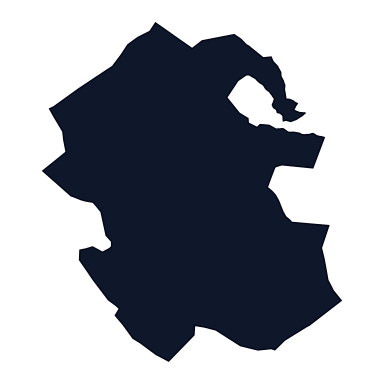 Ijero, Ekiti, Nigeria (Mercator projection)
{"feature_id": "59680162B51712615582520", "entity_name": "Ijero", "entity_type": "district", "adm_level": 2, "iso_a3": "NGA", "parent_name": "Nigeria", "parent_adm1": "Ekiti", "projection": "mercator", "projection_center": [5.082, 7.845], "detail": "fine", "context": "isolated", "style": "filled", "palette": "ink", "viewbox_px": 384, "rotation_deg": 0, "n_neighbors": 0, "source": "geoboundaries", "source_scale": "gbopen_adm2", "svg_char_len": 2788}
<svg xmlns="http://www.w3.org/2000/svg" viewBox="0 0 384 384"><path d="M49.7,108.8L53.4,115.5L62.9,131.5L63.9,140.2L66.2,152.1L42.9,170.9L71.1,195.8L74.1,196.8L81.0,199.6L85.2,200.8L93.1,202.2L96.2,205.7L101.1,211.8L106.2,235.4L111.6,241.4L111.7,244.5L111.5,246.9L109.4,248.7L102.5,252.4L92.6,247.0L85.9,249.0L80.0,250.2L79.6,259.9L86.7,270.1L93.2,279.7L108.5,299.9L116.0,305.4L119.5,308.6L115.4,315.4L123.6,325.2L133.0,338.2L140.3,342.7L156.1,354.4L168.6,361.0L193.9,335.0L194.5,325.3L204.3,326.9L215.9,329.9L240.5,345.6L257.9,349.9L271.3,348.5L274.8,349.7L284.6,340.1L306.4,326.6L309.3,325.1L341.1,300.5L333.1,290.6L331.4,287.0L327.8,280.2L326.1,270.5L324.0,259.0L321.3,247.9L328.7,225.7L291.5,222.4L289.8,220.2L285.7,216.8L282.9,211.8L278.5,200.8L275.4,195.2L272.0,191.4L267.2,187.4L269.7,180.5L269.8,180.2L274.9,166.9L281.7,164.7L312.8,167.8L313.0,167.3L324.2,137.6L323.4,137.3L322.4,137.1L321.7,136.8L321.3,136.7L321.0,136.7L320.5,136.7L320.0,136.7L319.3,136.5L317.7,136.1L317.1,135.9L316.4,135.8L316.2,135.6L315.5,135.0L314.9,134.6L314.4,134.4L313.4,133.7L312.3,133.6L311.6,133.8L310.6,134.2L309.5,134.5L309.0,134.6L308.1,134.6L305.9,134.7L304.7,134.9L303.0,134.8L301.8,134.6L301.1,134.3L299.6,133.4L298.4,133.1L297.0,132.9L295.4,132.6L294.0,132.4L293.2,132.3L291.2,132.4L289.3,132.4L287.9,132.2L287.5,131.9L283.6,129.0L282.2,128.7L280.0,129.0L278.5,129.0L276.9,129.2L275.7,129.1L269.2,125.4L263.5,124.9L260.0,124.7L257.2,127.6L248.2,123.1L247.9,118.5L247.7,118.4L239.3,113.3L226.6,97.5L237.8,80.6L246.0,74.9L247.0,74.8L247.8,74.7L248.8,74.7L250.8,75.6L251.7,76.3L252.4,76.7L253.1,76.9L253.3,77.2L253.6,77.3L254.1,77.6L254.5,77.7L255.2,78.3L256.2,79.0L257.2,80.3L259.5,82.4L260.3,83.0L262.5,84.2L263.1,84.9L263.6,85.2L264.1,86.0L265.1,87.6L265.8,88.8L266.3,89.1L267.5,90.3L269.3,91.4L270.2,92.6L271.1,94.0L272.0,94.8L272.5,95.9L274.7,98.7L274.3,99.6L273.6,102.0L272.4,104.9L273.4,107.2L274.5,108.2L276.6,109.5L276.8,110.6L277.3,111.5L277.3,112.3L278.0,112.6L278.8,112.9L279.7,112.9L280.3,113.2L280.9,113.7L282.4,115.0L283.0,115.1L283.2,118.3L283.4,120.8L285.8,120.1L290.7,121.4L296.1,119.4L302.1,115.6L304.9,113.1L304.4,112.9L303.4,113.0L302.8,112.9L300.8,112.7L300.0,112.8L299.2,112.5L297.2,111.7L295.7,111.2L294.0,110.0L292.6,109.7L293.7,109.2L294.5,108.2L295.4,106.2L297.2,103.6L293.5,101.6L293.6,101.3L293.0,100.9L289.9,99.6L289.2,99.4L285.6,99.2L285.7,98.1L285.0,93.0L284.3,89.8L284.7,85.1L284.0,83.6L283.2,80.8L281.3,77.2L280.7,75.4L280.7,72.4L279.3,69.9L277.3,66.2L274.9,63.6L273.6,62.3L272.5,60.6L271.1,57.1L263.1,57.9L248.4,46.0L246.3,44.9L241.0,39.4L234.2,34.7L202.2,40.9L192.1,48.7L155.5,23.0L150.0,31.4L137.9,37.5L128.0,44.7L126.7,46.6L121.4,54.7L112.6,66.4L94.9,78.1L89.4,81.8L79.0,88.7L53.6,107.0L49.7,108.8Z" fill="#0f172a" stroke="#020617" stroke-width="1.5"/></svg>